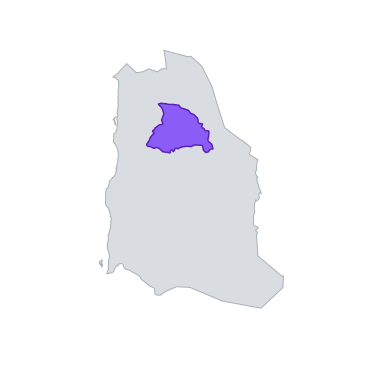 Ha'il highlighted on a map of Saudi Arabia, rotated 32°
{"feature_id": "SAU-847", "entity_name": "Ha'il", "entity_type": "Region", "adm_level": 1, "iso_a3": "SAU", "parent_name": "Saudi Arabia", "parent_adm1": "", "projection": "natural_earth1", "projection_center": [41.874, 27.094], "detail": "fine", "context": "in_parent", "style": "filled", "palette": "violet", "viewbox_px": 384, "rotation_deg": 32, "n_neighbors": 0, "source": "natural_earth", "source_scale": "10m", "svg_char_len": 6751}
<svg xmlns="http://www.w3.org/2000/svg" viewBox="0 0 384 384"><g transform="rotate(32 192 192)"><path d="M275.7,268.4L241.5,273.9L239.7,274.5L229.1,280.6L221.9,290.9L220.2,295.8L219.3,296.5L217.9,297.5L216.5,298.2L214.5,298.1L212.0,294.3L211.4,293.6L210.8,293.5L206.2,294.1L196.7,293.0L195.1,292.8L193.0,291.5L192.5,291.3L191.9,291.2L187.0,291.1L184.5,291.5L182.1,291.4L179.7,291.6L178.8,292.1L177.9,292.1L177.3,292.5L176.8,292.7L176.1,292.3L175.4,292.4L174.2,292.1L173.5,291.3L172.8,290.6L172.1,290.2L171.3,289.9L170.6,289.9L169.7,290.4L169.2,290.8L167.8,292.2L167.8,292.7L168.4,293.5L168.2,293.9L167.4,294.4L167.1,295.8L167.0,296.5L166.9,298.2L167.3,299.6L167.7,300.1L167.8,300.7L167.5,301.9L166.8,302.3L166.2,303.4L165.9,303.9L165.3,304.5L163.0,306.5L162.9,305.4L162.2,303.6L162.1,302.4L161.8,301.2L161.1,300.3L160.0,299.3L159.9,298.0L159.0,296.7L157.9,295.6L157.2,293.7L156.8,291.1L153.8,287.7L150.1,284.6L148.9,282.8L147.1,279.2L146.2,276.3L143.7,273.1L143.6,271.8L143.2,270.3L142.6,268.5L142.3,267.2L139.8,261.3L139.0,260.3L138.3,259.0L138.1,258.0L137.9,257.4L136.2,256.4L134.5,254.0L129.6,250.0L127.2,249.6L125.3,248.2L123.9,246.3L122.4,243.2L119.8,239.7L117.6,234.8L118.3,233.0L118.3,231.8L117.6,229.7L116.9,228.1L116.3,226.5L116.8,224.3L116.9,221.8L117.4,220.5L117.7,219.1L117.3,216.2L116.6,214.6L116.7,213.6L115.8,213.1L115.1,212.0L115.9,212.0L114.6,210.4L114.1,209.6L113.6,207.4L113.0,205.8L111.1,202.2L110.1,199.9L108.0,197.0L105.7,194.9L104.3,193.9L103.6,193.0L102.4,193.0L101.1,191.7L100.1,191.7L99.0,191.5L97.7,189.0L96.5,186.8L94.7,183.8L95.2,183.0L95.7,181.8L95.5,180.1L95.2,179.0L94.3,176.9L91.6,171.8L90.9,171.1L89.7,170.2L89.0,168.0L88.7,166.1L86.8,165.1L83.7,158.0L81.8,155.5L81.1,153.8L79.0,151.0L77.9,148.3L75.8,145.8L73.9,141.4L71.1,137.0L69.9,136.3L66.9,135.9L65.6,135.6L64.4,136.6L64.3,135.4L65.2,133.7L66.4,130.1L66.7,127.0L68.6,117.8L81.4,120.2L82.0,120.0L86.9,115.8L89.7,110.9L90.4,110.4L98.9,108.5L99.2,108.2L100.9,103.8L101.1,103.6L101.4,103.3L105.1,101.1L99.2,93.7L93.1,86.7L117.0,79.4L117.4,79.2L119.2,77.5L129.7,79.4L133.7,80.2L135.0,80.8L154.0,92.7L163.3,101.2L185.4,120.0L185.7,120.1L205.3,122.0L207.4,121.6L212.9,122.3L218.3,123.1L219.4,125.3L219.8,126.9L220.1,128.4L221.2,129.8L225.8,129.7L230.5,129.6L231.2,131.0L231.5,132.3L232.8,135.6L234.6,138.1L235.0,139.0L235.3,140.4L235.0,140.9L234.9,141.5L236.3,142.9L238.5,144.1L239.3,144.4L240.3,144.9L239.6,145.7L240.9,147.6L242.4,149.4L244.0,149.9L246.2,152.7L249.5,154.6L251.5,157.0L251.3,157.0L250.7,156.8L250.0,156.5L249.8,156.8L249.9,157.8L250.1,159.0L251.1,160.0L252.0,160.7L252.4,162.1L251.7,165.2L251.0,164.9L250.5,164.8L250.2,165.0L250.9,167.2L251.5,168.9L252.2,170.2L252.9,172.1L253.4,172.9L255.5,175.0L256.2,176.7L256.9,179.9L258.2,181.7L259.0,183.1L259.9,184.2L260.6,185.8L261.5,187.1L261.9,187.4L262.6,187.5L263.5,187.5L264.5,187.2L265.6,186.9L266.5,187.5L267.4,187.4L267.5,188.0L266.9,188.8L266.2,190.8L267.2,191.1L268.2,191.2L268.9,191.6L269.3,191.6L269.3,192.0L269.4,193.9L269.7,194.6L281.7,211.2L312.9,215.8L313.1,215.7L313.9,214.6L319.7,224.8L312.2,253.9L275.7,268.4ZM153.0,301.5L153.9,301.6L153.6,301.1L153.5,300.9L153.9,300.3L155.2,301.6L155.2,303.3L155.1,303.6L154.7,303.3L154.5,302.9L154.4,302.6L154.0,302.2L152.7,302.4L151.9,302.0L150.7,300.6L150.4,299.6L150.9,299.4L151.4,299.0L151.7,298.2L151.4,297.4L152.1,297.5L152.5,298.3L152.6,300.2L152.7,300.6L152.5,301.0L153.0,301.5ZM91.4,175.6L91.0,175.6L90.2,174.6L89.7,173.9L89.2,173.4L86.9,172.4L86.6,171.8L87.0,171.2L87.2,171.8L87.6,172.2L89.5,173.0L91.6,175.0L92.0,175.1L91.4,175.6ZM87.7,170.8L87.6,171.0L87.1,170.5L87.1,169.4L87.6,168.7L87.5,169.6L87.7,170.5L87.7,170.8Z" fill="#d9dde1" stroke="#a8b0b8" stroke-width="1"/><path d="M182.8,151.1L182.5,151.1L181.7,150.9L180.4,150.8L180.1,150.7L179.6,150.4L178.1,149.0L177.2,148.0L176.7,147.6L176.5,147.4L176.2,147.3L175.9,147.3L175.6,147.3L175.4,147.4L174.8,147.6L170.2,150.2L169.3,150.8L168.7,151.4L168.3,152.0L167.8,153.2L167.6,153.5L167.4,153.8L167.0,154.1L164.2,155.4L162.8,156.4L159.6,159.2L158.2,161.0L157.8,161.6L157.6,162.1L157.5,162.4L157.4,162.7L157.1,162.8L156.6,163.0L156.3,163.0L156.0,163.0L155.7,163.0L155.3,163.3L155.0,163.9L154.8,164.6L154.8,164.9L154.8,165.1L154.8,165.4L155.0,166.6L155.0,166.8L155.0,167.0L154.8,167.5L154.6,167.5L154.3,167.5L154.0,167.5L153.1,167.1L152.9,167.0L152.6,167.0L152.3,167.2L152.0,167.5L151.9,167.9L151.8,168.2L151.8,168.5L151.9,168.8L152.5,170.0L152.6,170.4L152.5,170.6L152.3,170.8L152.0,170.9L150.9,171.0L150.5,171.2L150.0,171.4L148.1,172.5L147.7,172.6L146.9,172.7L146.4,172.9L146.0,173.4L144.9,173.1L141.5,172.5L139.5,172.6L139.1,172.7L138.7,172.8L138.4,173.0L138.1,173.3L137.2,174.5L137.0,174.8L136.7,175.0L136.3,175.2L136.1,175.2L135.9,175.3L135.3,175.3L133.9,175.3L133.3,175.4L130.3,176.6L130.0,176.6L129.7,176.6L129.4,176.6L129.2,176.5L129.0,176.4L128.8,176.3L128.6,176.1L128.5,175.8L128.3,175.4L128.3,175.0L128.4,171.2L128.2,169.7L127.8,168.1L127.8,167.8L127.8,167.3L128.5,162.4L128.4,162.1L128.3,161.8L128.0,161.6L127.8,161.6L127.2,161.7L126.9,161.7L126.6,161.6L126.4,161.3L126.3,161.0L126.3,160.7L126.4,160.2L126.9,159.4L126.9,159.2L127.0,158.7L127.0,158.3L127.0,158.0L127.0,157.7L126.7,157.1L126.9,156.9L127.1,156.6L127.4,156.1L128.1,153.8L128.4,153.0L129.0,152.2L130.5,150.8L130.7,150.5L130.9,150.2L131.0,150.0L131.0,149.6L131.0,149.3L130.7,149.0L130.5,148.8L129.0,147.9L128.5,147.6L128.4,147.4L128.2,147.1L128.0,146.8L126.8,141.1L126.6,140.8L126.5,140.5L125.8,139.7L124.4,138.5L123.6,138.1L123.3,137.8L123.0,137.5L122.7,137.2L122.3,136.9L121.6,136.6L117.7,135.6L117.4,135.5L117.2,135.4L117.0,135.1L118.4,133.5L118.6,133.3L118.9,133.1L123.5,130.8L125.6,130.2L130.1,127.5L134.6,125.5L134.9,125.4L135.6,125.6L137.0,126.3L137.7,126.4L138.0,126.5L144.4,124.9L145.2,124.8L145.7,124.8L146.1,124.8L149.0,125.9L149.4,125.9L149.8,125.9L150.1,125.9L151.5,125.5L152.8,125.4L153.1,125.4L157.2,126.4L157.8,126.7L158.0,126.9L158.3,127.1L159.8,129.0L160.1,129.3L160.5,129.6L161.1,129.8L161.6,129.9L162.0,129.9L162.3,129.8L162.7,129.6L163.6,129.0L164.0,128.9L164.3,128.8L164.7,128.8L165.0,128.9L165.1,129.1L165.2,130.3L165.2,130.5L165.3,130.8L165.5,131.2L165.8,131.6L166.2,131.8L166.5,131.9L166.8,132.0L168.0,131.9L168.4,131.9L168.8,132.0L170.0,132.7L170.5,132.9L170.8,132.9L171.1,132.9L171.6,132.6L173.0,131.7L173.3,131.5L173.7,131.5L174.0,131.6L174.3,131.8L174.5,132.1L176.6,136.0L177.6,138.9L178.0,139.5L178.3,139.8L178.6,140.1L179.0,140.3L179.4,140.4L183.1,141.0L183.5,141.2L184.1,141.5L184.3,141.7L186.3,143.7L186.7,144.1L186.8,144.5L186.1,144.8L185.9,144.9L185.6,145.3L185.3,145.7L184.9,146.3L184.7,146.8L184.6,147.2L184.6,147.5L184.6,147.8L184.6,148.1L184.7,148.6L184.8,148.8L184.3,149.3L183.4,150.7L183.2,150.9L183.0,151.0L182.8,151.1Z" fill="#8b5cf6" stroke="#5b21b6" stroke-width="1.5"/></g></svg>